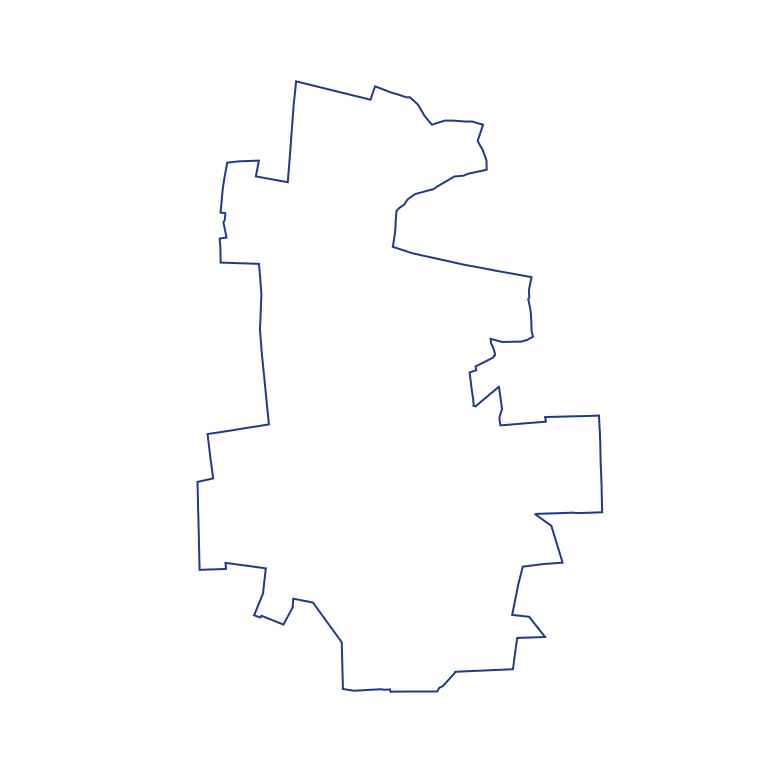 Bokobá, Yucatán, Mexico (Albers equal-area conic projection), rotated 172°
{"feature_id": "50627088B16110462273646", "entity_name": "Bokobá", "entity_type": "district", "adm_level": 2, "iso_a3": "MEX", "parent_name": "Mexico", "parent_adm1": "Yucatán", "projection": "albers", "projection_center": [-89.177, 20.996], "detail": "fine", "context": "isolated", "style": "outline", "palette": "blue", "viewbox_px": 768, "rotation_deg": 172, "n_neighbors": 0, "source": "geoboundaries", "source_scale": "gbopen_adm2", "svg_char_len": 3343}
<svg xmlns="http://www.w3.org/2000/svg" viewBox="0 0 768 768"><g transform="rotate(172 384 384)"><path d="M528.9,527.0L517.6,525.0L510.3,523.7L508.3,523.4L499.4,521.8L491.1,520.4L491.4,514.8L491.7,508.6L492.3,499.5L492.9,490.0L496.8,468.5L497.2,466.3L499.3,455.0L500.1,441.4L500.3,438.5L500.9,427.2L501.1,421.8L501.5,412.5L501.7,406.0L502.4,390.2L503.6,360.0L517.7,359.7L526.5,359.6L539.6,359.3L553.4,359.1L562.7,359.0L565.7,359.0L566.2,332.5L566.2,332.0L566.2,331.9L566.2,331.6L566.3,315.3L566.3,314.9L566.3,314.7L566.3,314.3L582.3,313.0L583.2,305.2L584.1,297.6L584.7,292.3L585.4,286.9L586.3,278.5L587.2,270.9L587.8,265.6L588.7,257.7L589.6,250.6L589.9,247.6L590.6,241.5L591.6,233.3L592.0,229.6L592.5,225.6L582.4,224.6L576.5,223.9L566.2,222.9L566.1,224.7L565.8,228.9L548.3,224.0L526.7,217.9L530.0,205.0L531.6,198.8L532.9,193.4L536.0,188.2L538.8,183.3L544.7,173.2L544.8,173.1L539.4,170.1L538.3,170.4L537.7,171.6L531.4,168.0L528.6,166.4L527.4,165.7L526.2,165.0L525.7,164.7L523.9,163.7L522.8,163.0L521.7,162.4L520.5,161.7L519.4,161.1L518.2,160.4L517.1,159.7L505.2,175.9L505.5,176.2L503.7,184.0L484.7,177.4L461.8,134.1L466.1,96.5L466.6,91.8L467.2,87.7L456.3,84.4L429.6,82.2L426.6,81.2L420.5,80.7L420.4,78.3L415.4,77.8L374.1,72.1L371.5,75.5L367.8,76.6L354.6,87.6L353.4,89.1L296.0,83.6L290.0,105.2L287.3,114.0L260.4,111.1L259.7,111.1L272.7,133.3L289.2,137.5L278.9,166.9L272.0,183.8L250.3,183.5L232.0,182.2L235.0,201.2L238.0,220.2L252.2,233.8L252.0,234.1L251.9,234.2L251.3,234.2L229.4,231.8L215.5,230.4L210.1,229.2L185.8,226.6L183.8,244.0L182.6,253.9L180.3,276.8L179.3,285.1L178.2,294.2L177.3,302.8L176.8,306.9L176.8,309.1L175.5,322.8L189.8,324.3L190.7,324.4L202.2,325.8L202.5,325.9L205.7,326.2L225.2,328.4L226.3,328.5L229.1,328.8L228.9,324.2L229.7,324.2L243.2,325.0L249.7,325.4L274.4,326.8L274.6,333.1L274.0,335.7L270.6,342.7L270.6,345.5L270.5,364.7L270.5,364.9L270.5,365.0L270.6,365.3L284.7,356.5L296.5,349.1L296.9,349.6L298.4,349.9L298.0,351.8L298.0,353.9L297.7,356.8L297.9,360.4L297.9,363.0L297.9,367.3L297.6,383.5L290.8,384.8L290.9,388.6L276.0,393.7L272.1,395.0L271.1,396.6L270.2,396.8L269.9,398.8L270.2,401.2L270.6,403.5L271.1,405.5L272.3,409.4L272.2,411.7L272.1,413.9L271.5,413.6L261.2,409.2L242.3,406.9L236.5,407.6L229.9,410.0L230.5,415.6L230.0,420.4L229.7,422.4L228.9,431.7L228.6,437.8L229.1,443.4L229.1,445.3L229.4,447.9L228.0,449.6L227.7,454.9L226.9,458.4L225.4,462.7L223.0,469.3L230.3,471.7L246.7,477.1L255.3,479.9L277.3,487.4L288.8,491.2L306.7,498.0L310.4,499.3L314.8,501.0L319.4,502.7L322.4,503.8L332.8,507.7L338.2,509.7L341.0,511.1L343.7,512.5L356.2,518.6L356.1,518.9L356.0,519.1L355.5,520.7L351.8,533.1L349.0,547.0L347.6,553.6L344.5,556.1L341.1,557.8L338.9,558.9L337.2,561.2L334.3,563.9L326.6,567.8L307.6,570.2L305.4,571.4L300.3,573.6L285.4,579.7L276.3,579.2L271.6,580.5L252.5,581.9L251.4,591.5L253.9,602.7L255.7,606.9L257.4,611.7L249.8,627.0L260.1,631.6L266.5,632.5L279.3,635.3L287.3,636.4L300.4,634.1L303.8,639.4L306.7,644.2L308.6,649.0L311.5,656.0L318.4,664.3L322.2,664.9L330.9,669.3L336.3,671.6L351.4,680.0L357.8,667.4L428.9,695.9L434.7,672.5L441.1,643.1L443.1,633.7L451.2,597.2L482.0,607.4L476.8,622.6L496.7,624.7L508.4,625.0L513.1,611.1L516.4,600.2L521.9,576.9L522.0,576.5L517.4,575.3L517.6,573.6L518.9,568.6L520.5,566.3L519.6,551.0L526.5,550.9L527.1,541.1L528.9,527.0Z" fill="none" stroke="#1e3a8a" stroke-width="2"/></g></svg>